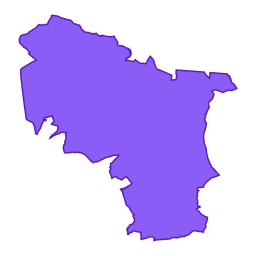 the district of Copacel, Bihor, Romania
{"feature_id": "2599482B8051644338806", "entity_name": "Copacel", "entity_type": "district", "adm_level": 2, "iso_a3": "ROU", "parent_name": "Romania", "parent_adm1": "Bihor", "projection": "natural_earth1", "projection_center": [22.162, 46.971], "detail": "fine", "context": "isolated", "style": "filled", "palette": "violet", "viewbox_px": 256, "rotation_deg": 0, "n_neighbors": 0, "source": "geoboundaries", "source_scale": "gbopen_adm2", "svg_char_len": 5740}
<svg xmlns="http://www.w3.org/2000/svg" viewBox="0 0 256 256"><path d="M200.2,206.8L199.7,206.3L197.9,206.2L197.5,205.0L197.3,203.6L197.8,202.5L197.4,201.2L197.6,200.5L196.7,197.9L197.5,196.0L197.1,194.4L197.5,193.0L198.7,190.5L197.1,190.2L197.0,189.9L197.5,188.9L197.4,187.8L203.6,187.1L204.1,185.0L206.9,181.6L211.6,177.7L214.4,177.0L219.2,175.2L213.7,168.8L212.9,168.1L211.4,167.2L211.5,166.6L209.5,162.6L208.8,160.3L208.0,158.9L206.7,153.5L206.1,148.3L204.2,143.1L203.5,137.5L204.0,132.5L204.4,131.4L205.1,130.5L205.5,127.7L205.8,127.1L206.1,125.2L206.5,124.0L206.4,123.1L206.0,122.5L205.5,122.5L205.6,121.8L205.0,121.0L205.2,120.2L204.8,119.3L204.7,118.6L205.0,117.7L205.4,117.5L205.5,114.1L206.3,114.1L207.3,110.7L209.3,107.3L208.8,106.0L208.3,102.9L212.6,98.5L214.0,94.2L211.7,91.2L215.1,89.8L216.3,90.0L222.8,92.4L227.7,90.4L229.3,90.3L231.1,90.5L232.5,90.2L234.4,89.6L236.8,88.4L234.2,84.4L233.8,84.2L232.9,83.2L231.7,82.9L231.3,82.1L231.1,80.4L230.8,80.2L230.9,79.3L230.3,78.6L230.4,78.3L230.1,78.1L230.1,77.0L229.6,76.8L229.4,75.9L228.8,75.8L228.0,74.9L227.5,75.0L227.0,73.9L210.1,72.6L209.5,78.4L208.6,77.4L205.6,74.7L204.3,72.1L176.5,70.0L176.1,70.2L176.2,72.8L175.9,73.2L176.2,73.5L176.3,74.4L176.8,74.5L176.8,76.1L176.3,76.7L176.8,77.9L175.4,79.7L171.3,80.1L171.8,75.3L159.0,69.7L158.1,69.9L157.3,69.3L155.9,67.6L155.6,66.9L155.1,65.1L154.2,62.8L153.8,60.8L153.4,60.0L151.8,57.9L150.2,56.3L148.2,59.2L146.8,62.1L145.5,63.9L143.4,63.2L140.6,63.5L138.4,62.2L135.3,59.7L133.8,61.3L132.9,61.4L129.9,60.9L129.1,60.4L127.3,60.1L125.7,60.8L125.8,59.8L126.2,59.5L126.0,59.0L126.7,58.8L126.8,58.4L126.7,57.8L128.4,57.3L129.3,57.3L129.2,56.7L130.0,55.8L130.4,55.8L130.8,55.0L130.5,54.8L131.2,54.0L131.2,53.8L130.9,53.7L131.0,53.2L130.9,52.9L129.8,52.8L129.8,52.0L130.8,51.6L130.7,51.3L130.0,51.1L130.5,50.7L130.4,50.5L129.4,50.4L129.4,49.9L129.9,49.7L129.9,49.4L128.2,49.2L128.3,48.5L125.7,47.7L123.2,46.1L121.7,45.8L117.9,45.5L117.3,44.0L117.9,42.5L117.2,41.7L116.5,40.2L114.8,38.0L114.1,36.2L112.3,36.7L109.2,36.7L106.5,36.4L102.5,35.3L102.1,36.0L101.6,36.3L101.3,35.9L100.7,36.2L100.4,35.8L99.6,36.1L98.4,35.1L97.4,34.8L96.9,34.2L96.6,34.1L96.5,33.4L96.1,33.2L95.8,33.4L95.0,33.4L94.7,33.9L93.9,34.2L93.4,34.1L93.4,33.9L92.9,33.7L92.6,33.9L92.3,33.5L91.9,33.8L91.6,33.7L91.2,33.4L90.8,33.4L88.6,32.5L87.3,32.6L86.8,32.2L85.9,32.3L84.4,32.0L83.6,30.7L83.1,30.6L82.8,30.2L82.1,30.0L81.9,29.4L81.0,27.9L80.6,26.5L80.3,26.5L79.2,25.2L78.4,24.7L77.5,25.0L76.9,24.8L76.0,24.0L75.1,24.1L73.6,23.4L71.1,20.5L61.2,17.9L57.9,16.2L53.8,15.4L53.6,15.6L53.2,15.4L52.7,15.7L51.5,15.5L51.4,17.1L48.2,22.0L47.6,24.6L45.7,24.3L42.8,25.1L41.3,25.0L39.8,24.5L38.6,24.9L37.5,26.0L36.8,27.0L34.7,28.6L32.6,29.7L32.1,30.3L29.5,31.7L28.5,33.0L27.2,33.8L25.2,34.5L22.9,34.7L21.9,35.5L20.9,35.7L20.1,37.2L19.2,40.0L19.7,40.3L19.5,41.1L19.6,42.3L20.3,43.6L22.4,45.4L23.7,47.1L27.2,49.3L28.9,51.9L30.0,52.8L28.7,53.9L36.3,60.2L32.0,62.2L22.1,68.2L21.3,69.3L20.8,69.6L20.8,74.7L21.4,81.0L24.3,104.8L25.8,115.2L26.1,118.5L26.5,119.3L28.5,120.7L32.5,122.5L33.0,123.1L34.4,126.2L35.7,133.4L36.0,133.9L37.1,134.3L38.0,131.8L40.5,128.2L41.1,126.0L42.3,123.5L42.2,122.6L42.9,122.2L42.9,121.4L46.1,120.2L46.2,119.9L46.0,119.6L43.7,119.7L43.8,118.2L52.3,115.9L52.7,117.0L52.8,118.5L53.5,119.4L54.0,121.6L52.3,122.9L51.5,124.2L58.1,126.1L57.6,129.5L57.1,131.1L56.5,132.1L55.3,132.5L52.8,135.2L51.8,135.1L51.6,136.1L51.4,136.4L50.5,136.9L50.1,138.1L51.9,137.0L53.5,135.7L55.4,134.9L56.0,134.4L59.2,133.7L60.9,132.3L63.4,132.3L66.2,132.6L65.5,134.9L66.1,136.6L65.8,139.4L64.7,142.1L65.0,143.0L64.9,144.2L64.0,144.7L63.3,147.6L64.1,151.3L64.6,152.6L65.3,152.9L69.5,152.8L72.7,152.1L74.1,152.2L75.0,152.6L76.9,152.3L80.2,152.6L81.7,153.1L85.4,154.9L91.3,161.4L93.1,162.6L95.0,161.9L97.7,161.6L106.3,157.4L109.6,156.8L112.9,155.5L118.7,155.0L118.8,155.3L118.7,156.0L114.2,160.1L112.2,162.8L110.6,163.5L110.7,164.5L110.4,165.6L110.8,166.4L109.8,167.5L110.8,168.7L109.5,171.1L109.5,171.7L111.5,176.5L111.7,178.2L111.9,178.3L112.0,178.0L115.0,176.6L116.6,177.0L117.5,178.1L119.5,178.8L121.5,179.9L122.1,179.8L122.8,178.9L124.9,177.4L126.6,176.8L127.1,177.2L127.4,177.8L132.0,183.5L129.3,185.7L128.9,185.6L128.5,186.2L127.9,186.2L127.9,186.7L127.6,187.2L127.0,187.4L126.7,187.4L126.9,187.2L126.7,187.0L125.9,187.4L124.9,188.6L124.4,188.2L124.1,188.5L123.8,188.3L123.5,188.6L123.4,189.3L123.2,189.4L122.9,188.9L122.6,188.9L122.4,189.2L121.9,189.0L121.4,189.3L121.2,189.2L121.2,188.9L120.5,189.2L122.8,192.3L122.8,193.6L124.6,198.8L126.0,204.2L126.6,205.2L128.3,206.7L129.3,207.1L129.4,208.1L130.9,210.9L131.6,211.7L132.1,212.8L133.5,214.2L133.6,214.8L134.2,214.9L133.0,215.7L133.1,216.6L134.1,218.0L134.3,219.1L134.7,219.6L134.3,221.2L133.1,223.1L133.0,224.3L131.9,224.2L131.2,224.5L131.2,224.9L130.7,225.1L129.9,224.9L129.1,226.2L129.0,226.7L128.2,227.1L128.1,227.3L128.5,227.5L128.6,227.8L128.0,228.2L127.7,228.1L127.6,228.5L127.0,228.9L127.3,229.5L127.0,229.7L126.9,230.0L127.0,230.3L127.5,230.6L127.5,231.5L127.8,232.0L127.8,232.9L127.6,233.6L127.6,234.2L128.1,234.5L128.4,234.3L128.4,234.1L128.7,233.5L131.0,232.5L131.9,232.4L132.6,231.3L133.4,230.9L135.4,231.2L136.3,231.6L139.8,232.1L141.2,232.5L141.0,233.1L140.9,234.7L141.1,236.2L141.4,236.5L140.9,238.8L141.2,239.5L150.2,236.8L152.1,236.8L154.7,238.3L154.4,238.4L154.3,239.2L154.0,239.4L154.0,240.6L156.4,239.9L169.6,238.9L172.7,237.6L174.9,237.5L176.0,237.9L179.5,237.3L180.6,236.6L183.9,236.6L189.0,234.4L192.7,231.0L195.8,230.7L197.6,231.3L202.0,231.8L203.0,232.2L203.6,232.0L203.4,231.2L205.9,226.9L205.8,225.8L205.3,224.5L206.8,221.8L207.5,217.7L207.2,217.2L205.3,216.7L200.6,213.8L199.8,212.4L199.0,211.3L196.6,209.5L196.5,208.6L199.7,207.4L200.2,206.8Z" fill="#8b5cf6" stroke="#5b21b6" stroke-width="1.5"/></svg>